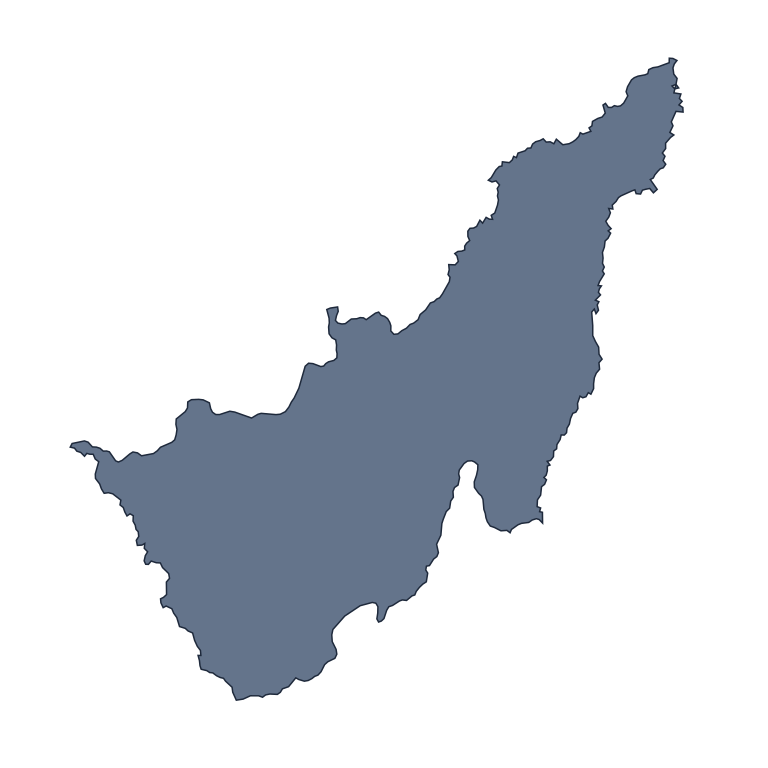 outline of Carmo do Paranaíba, Minas Gerais, Brazil, rotated 356°
{"feature_id": "56859067B90709796561443", "entity_name": "Carmo do Paranaíba", "entity_type": "district", "adm_level": 2, "iso_a3": "BRA", "parent_name": "Brazil", "parent_adm1": "Minas Gerais", "projection": "equal_earth", "projection_center": [-46.167, -18.877], "detail": "fine", "context": "isolated", "style": "filled", "palette": "slate", "viewbox_px": 768, "rotation_deg": 356, "n_neighbors": 0, "source": "geoboundaries", "source_scale": "gbopen_adm2", "svg_char_len": 6134}
<svg xmlns="http://www.w3.org/2000/svg" viewBox="0 0 768 768"><g transform="rotate(356 384 384)"><path d="M532.5,533.8L533.1,523.0L530.3,522.2L531.6,518.6L528.2,517.0L529.0,510.3L532.5,505.8L534.0,497.4L537.2,495.3L539.4,490.9L537.0,488.4L539.4,486.3L540.9,482.0L541.2,477.3L543.9,476.4L541.4,472.5L544.8,471.9L548.0,468.3L548.6,462.7L551.7,460.7L552.3,456.5L555.8,451.7L557.2,447.2L560.3,447.5L562.7,445.3L563.5,440.8L566.1,437.0L567.7,431.4L570.3,426.4L573.4,425.5L575.7,422.1L575.7,416.8L578.7,409.8L581.3,411.6L584.6,410.8L587.2,406.9L589.7,408.6L592.8,403.2L593.1,398.4L594.3,392.4L596.5,388.0L600.1,384.3L599.9,377.8L603.3,374.4L600.6,369.4L600.7,362.2L597.9,356.4L595.6,350.3L596.3,340.3L596.2,326.7L599.0,323.9L600.4,328.6L603.1,325.4L602.2,320.0L604.1,316.9L600.7,315.1L606.2,310.2L604.3,307.5L605.5,304.1L607.7,301.3L604.4,300.7L606.2,296.8L611.4,289.5L609.8,286.5L611.9,282.7L610.4,278.9L611.3,273.7L611.1,268.0L613.4,262.7L614.5,256.8L617.6,254.3L620.6,249.3L618.3,246.9L621.4,244.9L618.6,241.3L616.6,237.1L619.8,233.3L621.8,229.0L620.4,224.6L624.5,225.4L624.2,221.4L628.2,218.1L630.9,214.4L633.6,212.8L644.7,208.7L647.8,207.8L648.8,211.7L653.2,212.4L655.3,208.7L658.5,208.0L662.7,207.5L666.1,212.1L670.1,208.9L663.9,198.6L667.0,197.3L668.8,194.2L671.9,191.0L674.6,188.6L677.7,187.8L680.4,184.4L678.0,180.6L680.2,176.4L677.8,173.0L681.4,168.8L681.7,163.4L687.1,158.0L690.5,155.8L686.7,153.0L690.3,146.6L688.9,142.6L694.3,132.4L701.3,133.6L701.4,129.0L697.7,126.2L701.1,122.8L698.6,119.8L700.4,115.4L693.5,113.8L694.7,109.9L692.1,106.8L696.2,105.4L697.7,99.6L694.7,95.1L694.3,88.8L695.9,85.0L698.8,81.7L694.9,79.4L691.3,78.9L690.9,83.4L679.2,86.8L674.4,87.2L670.1,88.8L668.8,92.8L666.0,93.8L658.9,94.6L655.0,95.9L652.1,97.9L647.7,104.4L645.9,109.3L647.3,113.6L642.7,120.5L639.4,123.0L636.4,123.4L633.2,122.4L630.3,124.0L627.0,123.7L624.5,119.5L621.9,121.0L623.6,129.2L620.2,132.9L615.8,134.0L610.3,136.6L609.4,141.0L606.4,142.8L608.0,146.4L599.8,148.6L597.3,147.0L595.6,150.6L592.4,153.6L589.2,155.6L585.5,157.2L579.1,157.8L573.0,151.8L570.2,156.2L566.7,154.0L562.7,154.0L559.9,150.5L556.6,152.0L552.2,152.9L549.0,155.0L547.0,158.8L543.6,158.8L541.0,161.2L533.8,163.0L531.9,167.4L529.2,166.0L527.6,169.4L524.5,171.9L517.6,170.6L516.8,174.8L514.1,175.1L510.5,178.3L505.4,185.6L502.3,188.0L505.8,190.0L509.9,189.2L513.1,193.5L510.6,196.9L511.3,200.6L510.3,204.3L511.0,208.4L509.7,213.5L506.4,221.2L502.7,223.2L503.8,227.3L500.6,226.9L497.5,224.9L493.6,230.4L491.1,227.3L487.4,233.3L484.2,234.7L480.6,234.7L478.3,237.4L478.0,242.7L479.5,246.9L476.2,249.3L474.1,252.1L473.9,255.9L470.7,256.9L467.0,256.9L463.7,258.8L465.7,261.3L466.7,266.9L463.3,270.1L456.9,269.4L457.0,274.7L455.5,279.3L457.3,282.1L456.3,286.5L448.5,298.3L445.5,301.9L442.6,302.9L439.8,305.3L435.9,306.4L430.7,313.0L424.9,317.2L422.5,322.2L417.7,325.4L414.2,326.4L410.3,329.9L405.6,332.0L401.3,335.0L397.3,335.1L394.5,331.5L394.9,326.4L394.0,322.9L392.1,319.0L389.3,316.6L386.0,315.3L383.7,311.9L380.4,312.7L370.7,318.6L368.2,316.6L364.8,316.1L361.4,317.0L355.9,316.9L349.6,321.1L346.2,321.2L342.2,320.0L340.0,317.2L341.4,312.5L343.4,308.3L343.1,303.9L335.7,304.5L332.1,305.7L333.8,314.5L333.7,319.3L332.7,323.2L332.7,330.1L335.3,334.3L338.9,336.6L339.4,341.8L338.8,346.8L339.3,350.4L338.8,354.6L335.6,357.0L330.2,358.0L327.3,359.6L325.1,361.9L322.2,362.2L314.5,358.7L310.2,358.0L306.6,360.8L298.8,382.2L293.4,391.7L290.3,395.6L287.5,400.4L283.7,404.7L278.4,406.9L274.1,407.0L259.4,404.7L256.1,405.4L249.5,408.7L233.2,401.6L228.3,400.4L217.9,403.0L214.0,402.7L210.9,400.2L209.4,396.6L208.5,390.6L202.5,387.2L198.1,386.4L190.8,386.2L187.0,388.2L186.3,394.2L183.8,397.7L174.3,404.4L173.6,409.7L174.3,414.9L173.1,420.3L171.3,425.1L168.2,427.4L156.6,431.5L153.2,434.8L149.2,437.3L137.1,438.7L133.3,435.5L128.8,434.3L125.6,436.0L117.5,441.9L113.6,443.3L110.9,441.9L105.3,432.5L102.6,431.5L99.3,431.4L96.2,428.3L92.7,426.9L88.7,426.4L84.8,421.4L81.2,419.9L68.7,421.6L66.6,425.1L70.8,426.4L72.9,429.6L76.7,431.1L80.2,435.2L82.7,432.5L85.5,433.5L89.0,433.8L90.7,438.7L94.0,441.6L89.7,453.7L89.6,458.1L93.4,463.9L94.8,468.9L97.2,473.5L101.4,473.2L105.7,474.6L113.4,481.5L112.2,486.2L115.3,489.0L116.5,493.5L118.4,497.7L121.6,495.8L124.7,497.9L124.1,503.3L126.0,507.5L126.5,511.7L128.5,514.2L128.7,519.0L126.0,522.6L126.7,527.8L131.3,527.8L134.2,526.4L133.4,531.2L136.5,534.9L133.9,538.6L132.4,543.7L133.7,547.2L136.4,547.5L139.4,544.4L144.3,546.4L148.4,546.9L150.3,551.7L156.0,558.1L156.5,562.9L153.1,566.4L152.4,578.9L149.1,581.5L146.1,582.7L146.2,586.7L148.1,591.7L151.2,590.3L156.7,593.4L158.2,597.9L161.0,602.5L163.1,611.7L168.7,613.9L171.3,616.7L175.7,619.0L177.2,626.6L179.5,632.7L182.3,637.0L182.4,642.0L179.6,641.8L180.6,647.0L180.8,652.2L181.7,655.8L187.3,657.6L190.0,659.7L193.0,660.2L196.7,663.4L200.2,665.4L203.4,666.4L205.2,669.4L211.3,675.9L211.6,680.9L214.6,689.1L221.5,688.5L229.0,685.7L237.2,686.3L241.0,688.0L244.2,685.9L248.5,685.3L256.0,686.2L259.1,684.3L261.4,681.0L267.7,679.3L275.5,671.0L278.3,672.8L283.8,674.9L287.7,674.5L291.4,672.9L294.5,670.8L297.8,669.8L301.1,666.7L305.2,659.8L308.5,657.2L315.9,654.2L318.1,650.2L317.7,645.4L314.4,637.4L314.4,630.6L315.9,625.3L328.7,612.7L344.8,603.5L357.1,601.1L360.6,602.1L362.4,605.7L361.8,612.0L360.5,617.8L362.0,621.1L364.8,620.3L367.6,618.0L370.9,609.9L373.3,606.5L377.1,605.5L384.4,601.5L387.3,600.7L391.4,601.5L397.2,597.3L400.0,596.6L401.7,593.1L405.2,589.3L408.8,586.3L412.4,584.3L414.4,575.7L412.7,572.5L413.6,568.7L416.7,568.3L421.3,562.1L424.7,559.8L426.5,556.1L425.3,547.5L430.2,538.8L432.0,527.2L433.7,523.0L437.2,515.6L440.8,512.5L442.4,505.4L445.3,501.8L445.3,496.0L447.1,492.2L450.8,490.0L452.9,482.6L452.2,478.9L453.1,475.1L458.3,468.9L461.9,466.7L466.2,466.7L468.9,468.1L472.0,471.1L471.5,476.0L469.9,481.5L467.2,487.9L467.0,493.5L470.8,499.7L473.4,502.5L474.7,506.0L474.9,516.0L476.0,520.2L476.4,524.6L477.5,528.6L480.1,533.1L484.1,534.8L490.4,538.6L496.4,538.6L499.4,541.2L501.0,538.0L507.8,533.8L511.5,532.6L518.7,532.2L522.4,530.0L526.6,529.0L529.3,530.0L532.5,533.8ZM694.7,109.9L698.6,109.2L696.2,105.4L694.7,109.9Z" fill="#64748b" stroke="#1e293b" stroke-width="1.5"/></g></svg>